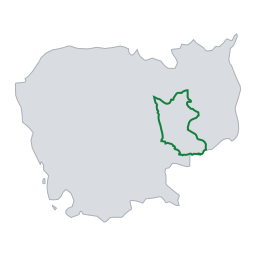 Cambodia, with Krâchéh highlighted
{"feature_id": "KHM-1793", "entity_name": "Krâchéh", "entity_type": "Province", "adm_level": 1, "iso_a3": "KHM", "parent_name": "Cambodia", "parent_adm1": "", "projection": "orthographic", "projection_center": [106.195, 12.682], "detail": "fine", "context": "in_parent", "style": "outline", "palette": "green", "viewbox_px": 256, "rotation_deg": 0, "n_neighbors": 0, "source": "natural_earth", "source_scale": "10m", "svg_char_len": 6099}
<svg xmlns="http://www.w3.org/2000/svg" viewBox="0 0 256 256"><path d="M236.7,33.9L237.3,36.3L235.6,40.9L233.7,45.1L230.2,48.7L230.0,51.4L228.8,59.3L229.3,61.8L230.1,64.0L231.3,65.2L234.4,72.9L237.3,80.0L240.1,85.8L240.6,89.5L238.1,98.8L235.2,107.4L235.5,111.6L236.8,115.9L238.2,121.6L238.7,128.8L238.0,133.6L236.7,136.6L234.1,139.6L231.8,141.1L229.1,138.6L227.0,138.5L224.1,139.3L221.8,140.5L217.2,144.9L212.0,149.2L204.9,150.4L202.1,153.6L199.2,154.0L193.5,154.2L189.9,154.9L190.0,156.6L189.7,164.2L189.8,165.9L189.2,166.4L186.7,166.6L182.4,165.5L176.5,163.6L172.4,163.3L170.2,166.6L168.9,167.9L167.4,168.1L165.7,168.7L165.2,170.2L165.0,172.0L165.8,175.2L166.1,180.2L165.9,183.6L167.4,185.8L176.4,193.1L179.0,194.9L179.3,196.0L177.7,200.0L179.1,205.5L176.3,205.4L171.7,203.0L169.4,201.6L166.7,202.7L165.8,202.5L163.9,199.8L161.5,197.0L159.1,196.8L153.8,197.9L148.5,198.6L146.5,198.6L145.7,199.1L142.6,203.3L141.3,202.5L135.9,200.9L131.0,200.3L130.0,201.4L130.6,204.8L131.6,208.1L131.0,209.5L128.3,211.2L124.7,214.4L122.5,216.8L121.0,217.4L115.6,217.2L110.2,217.5L108.0,219.8L105.9,221.6L104.2,222.1L97.2,216.3L83.2,214.2L81.7,211.7L80.3,211.2L79.0,214.5L71.3,217.5L68.1,215.6L65.7,213.3L66.1,210.5L68.3,208.2L72.2,206.6L74.0,200.8L71.1,193.4L68.6,191.3L65.9,189.5L63.1,192.2L60.7,196.9L58.2,199.3L54.7,199.8L49.5,199.6L47.6,192.5L47.0,186.5L47.8,179.6L48.6,175.6L43.7,169.9L43.5,164.5L41.2,161.8L40.4,163.1L40.5,164.7L39.8,163.6L32.2,147.8L31.0,140.5L32.4,134.9L33.3,133.0L31.1,130.0L28.0,126.6L22.5,122.2L22.2,115.2L21.1,107.0L19.4,104.2L17.0,99.2L15.7,95.0L15.4,83.9L16.1,83.0L20.0,82.8L25.1,82.1L25.9,80.3L25.0,78.8L28.3,76.3L33.0,70.9L36.6,65.2L39.2,61.7L40.8,58.1L46.0,53.1L53.2,49.7L58.1,48.9L63.2,47.7L68.0,46.1L70.3,46.0L76.3,48.1L79.5,48.6L82.9,48.6L86.5,48.9L89.5,48.7L96.9,47.3L104.7,48.5L111.7,47.7L120.3,46.1L124.6,47.1L128.4,48.8L128.9,52.2L129.8,53.7L131.1,54.9L132.8,54.9L135.0,52.6L136.9,50.1L137.5,49.7L137.6,50.9L138.5,53.5L140.1,56.1L141.8,57.8L144.5,60.1L146.4,60.2L152.3,58.1L161.1,61.2L162.1,62.8L165.0,66.0L168.1,68.3L175.0,68.4L177.5,62.8L176.3,59.4L172.4,53.4L171.3,49.9L172.5,49.3L179.2,48.6L180.3,48.0L181.8,44.1L183.6,44.5L187.3,45.0L191.2,42.4L193.5,39.6L194.7,40.9L196.1,42.8L197.6,43.9L200.5,45.6L203.6,47.9L205.5,50.3L207.0,51.1L211.0,50.5L212.1,50.6L214.3,47.8L216.0,46.3L217.3,46.7L219.3,46.6L223.4,43.1L225.8,39.8L227.1,38.9L230.8,40.5L232.3,40.2L234.4,35.7L236.7,33.9ZM45.1,183.2L44.3,183.6L43.6,183.6L42.8,183.0L42.9,180.4L43.5,178.9L44.8,178.6L45.1,183.2ZM56.5,208.2L54.9,209.9L52.5,206.3L52.5,205.4L56.5,208.2Z" fill="#d9dde1" stroke="#a8b0b8" stroke-width="1"/><path d="M206.0,149.7L205.2,149.8L204.2,150.4L203.5,151.4L203.0,152.8L202.2,153.9L201.3,154.2L199.2,153.7L199.5,154.4L195.8,153.9L193.8,153.8L192.4,154.8L191.9,154.7L191.6,154.4L191.5,154.1L191.1,153.8L190.5,153.7L190.0,153.7L189.0,154.0L188.8,154.2L185.8,154.9L185.4,154.9L184.4,154.7L184.2,154.7L183.9,154.7L182.8,155.2L182.4,155.2L182.2,155.2L181.9,155.0L181.6,154.6L179.6,154.7L179.1,154.4L179.1,154.1L179.1,153.8L179.2,153.7L179.3,153.6L179.5,153.4L179.7,153.2L179.8,153.0L179.9,152.8L179.9,152.7L179.2,151.3L178.9,150.9L178.7,150.7L178.3,150.5L177.8,150.2L177.1,149.6L176.8,149.5L176.7,149.5L176.1,149.5L176.0,149.4L175.2,149.0L174.7,148.8L174.6,148.7L174.5,148.4L174.7,148.2L174.9,148.0L174.9,147.8L175.0,147.7L174.9,147.2L174.8,146.9L174.5,146.4L174.3,146.2L174.1,146.1L173.9,146.1L173.7,146.1L173.2,146.0L172.9,145.1L172.7,144.9L171.6,144.0L171.0,143.8L169.5,143.5L168.2,143.0L167.9,142.9L167.6,142.8L167.3,142.9L167.2,142.9L166.8,143.2L166.7,143.2L165.5,143.5L165.1,141.7L164.9,141.5L164.7,141.5L163.9,141.5L161.8,141.0L161.6,141.1L161.4,141.1L161.5,139.8L161.6,139.6L161.7,139.4L161.9,139.2L162.1,138.9L162.5,138.4L162.7,138.0L162.7,137.6L162.6,135.4L162.0,132.0L161.5,130.4L160.4,125.2L159.1,121.3L159.0,120.3L158.5,118.5L158.6,117.7L158.5,116.2L158.6,115.7L158.8,115.3L158.8,115.2L158.8,114.7L158.8,114.4L158.5,113.8L158.2,113.4L157.7,112.9L157.6,112.7L157.7,112.3L157.8,112.1L158.0,111.7L158.2,111.3L158.2,111.1L158.1,110.9L157.9,110.5L157.7,110.4L157.6,110.2L157.3,110.1L157.2,110.0L157.1,109.7L156.7,106.7L156.7,106.4L156.7,106.1L157.0,105.4L157.1,105.1L157.0,104.8L156.9,104.5L156.6,103.9L156.2,103.4L155.6,102.8L155.5,102.7L154.1,97.0L157.8,98.8L159.5,99.2L160.0,99.5L163.9,102.5L165.3,103.2L166.2,103.7L166.6,103.7L167.0,103.7L167.6,103.7L169.4,103.1L169.5,103.0L169.7,102.8L170.0,102.4L170.8,100.9L170.9,100.6L170.9,100.0L171.0,99.8L171.1,99.7L171.4,99.5L171.6,99.5L172.4,99.9L172.5,99.9L172.8,99.9L173.0,99.9L173.2,99.7L173.3,99.6L173.4,99.4L173.7,98.0L173.8,97.7L176.4,93.8L176.9,93.4L177.2,93.2L177.5,93.0L177.9,92.9L179.9,92.8L181.0,93.0L181.3,93.0L181.6,92.9L181.9,92.6L182.3,92.0L182.5,91.9L182.8,91.7L185.3,90.6L186.0,90.4L187.6,90.3L187.7,95.1L187.5,96.0L187.7,97.0L188.3,98.7L188.7,99.3L190.1,100.0L190.5,100.3L190.7,100.6L190.8,100.8L190.9,101.1L190.9,101.3L190.9,101.5L190.8,101.8L190.7,101.9L188.0,101.8L187.8,101.9L187.6,102.1L187.3,102.5L187.1,102.8L187.0,103.0L187.1,104.4L187.1,104.7L187.2,104.8L187.4,105.0L188.7,106.9L188.9,107.0L189.0,107.1L189.6,107.4L189.7,107.5L189.9,107.7L190.2,108.1L190.4,108.4L190.8,108.7L191.3,108.9L191.6,108.9L192.3,108.9L192.5,108.9L192.8,109.0L193.1,109.2L193.6,109.8L196.1,111.4L197.7,112.0L198.0,112.2L198.2,112.3L198.3,112.5L198.4,112.8L198.4,113.3L198.6,115.0L198.6,115.5L198.3,115.7L198.2,115.8L197.9,115.9L197.7,116.1L197.4,116.4L196.9,117.2L196.6,117.5L196.4,117.7L195.2,118.3L194.2,118.5L193.5,119.0L192.4,119.3L190.7,120.3L190.1,121.0L189.1,122.6L188.0,126.7L187.8,127.8L188.0,128.5L187.9,129.5L188.0,129.6L188.0,129.8L188.2,130.0L188.4,130.2L189.6,130.7L191.6,132.0L192.2,132.3L193.1,132.8L193.4,133.1L193.6,133.2L193.9,133.3L194.5,133.5L195.8,134.6L195.9,134.8L196.1,135.1L196.6,136.2L197.2,138.1L197.4,138.5L197.5,138.7L197.7,138.9L198.3,139.3L199.0,139.5L200.1,139.7L201.9,140.2L202.5,140.4L203.0,140.7L203.4,140.9L203.5,141.0L204.1,141.7L204.4,141.9L204.8,142.2L205.1,142.8L205.3,143.2L205.9,144.2L205.9,144.6L205.7,147.5L206.0,149.4L206.0,149.7L206.0,149.7Z" fill="none" stroke="#15803d" stroke-width="2"/></svg>